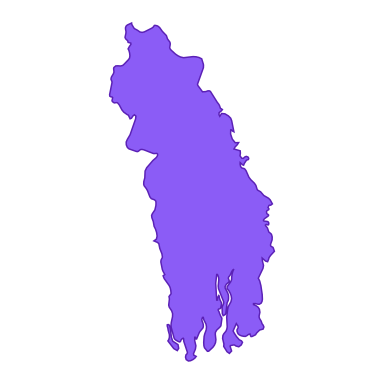 Khulna, Robinson projection
{"feature_id": "BGD-2432", "entity_name": "Khulna", "entity_type": "Division", "adm_level": 1, "iso_a3": "BGD", "parent_name": "Bangladesh", "parent_adm1": "", "projection": "robinson", "projection_center": [89.364, 22.917], "detail": "fine", "context": "isolated", "style": "filled", "palette": "violet", "viewbox_px": 384, "rotation_deg": 0, "n_neighbors": 0, "source": "natural_earth", "source_scale": "10m", "svg_char_len": 6051}
<svg xmlns="http://www.w3.org/2000/svg" viewBox="0 0 384 384"><path d="M169.0,296.5L171.1,293.7L170.8,290.5L170.2,287.8L169.2,285.6L164.2,278.6L163.1,275.8L164.8,274.6L162.9,271.0L162.3,269.4L160.9,262.3L160.9,261.0L161.2,259.7L162.2,257.9L162.4,256.9L161.9,253.8L159.8,248.5L158.8,243.6L157.4,242.4L153.9,240.9L156.4,239.1L157.1,236.1L156.6,232.5L155.5,229.1L154.1,226.3L153.3,221.6L151.9,217.8L151.6,215.4L152.4,213.6L154.9,209.9L155.9,205.5L156.0,202.9L155.8,201.1L154.5,199.8L151.3,198.7L149.9,196.9L147.5,190.7L146.3,188.6L144.1,185.7L143.7,184.2L143.8,181.6L144.8,177.8L145.1,171.0L146.7,167.7L152.9,160.5L156.0,157.8L157.0,156.6L157.6,155.2L157.6,154.1L156.9,153.4L153.8,153.6L152.8,153.3L143.8,149.8L141.9,149.4L140.4,149.6L138.6,151.1L137.7,151.6L136.5,151.5L129.0,148.9L127.4,147.5L126.3,144.9L126.2,142.0L127.3,139.5L130.1,134.7L135.6,118.9L135.9,116.1L134.4,114.8L132.9,116.0L131.5,118.2L130.1,118.8L128.4,115.2L127.2,114.6L123.8,112.2L121.9,109.9L119.2,104.8L117.5,102.8L116.6,102.6L114.3,102.9L113.2,102.3L112.1,101.1L112.0,100.2L112.4,99.2L112.6,97.5L112.0,97.0L110.8,96.8L109.8,96.2L109.6,94.7L112.0,82.6L111.9,81.4L111.0,79.4L111.1,78.1L111.6,76.7L113.3,73.9L113.9,72.3L113.9,71.1L113.6,68.7L113.9,67.5L115.8,65.9L118.0,65.8L120.4,66.0L122.6,65.5L124.1,64.2L128.4,59.7L129.5,58.2L129.9,55.8L129.6,53.0L128.9,50.4L128.1,48.9L129.5,46.3L130.9,44.4L130.8,43.1L128.1,42.4L127.7,40.8L125.6,38.8L125.0,37.3L125.9,33.3L126.0,31.7L125.5,29.0L125.5,27.7L126.1,26.1L127.3,25.0L131.6,23.0L131.7,24.0L132.1,25.0L133.9,28.0L134.6,28.7L137.4,30.2L140.0,32.0L142.2,32.4L144.3,31.9L151.7,28.2L153.2,27.1L154.4,25.4L155.6,25.4L157.7,26.0L159.6,27.5L162.3,31.3L166.4,35.6L167.5,38.9L169.8,42.0L170.2,43.2L170.2,44.6L169.7,47.5L170.0,48.7L171.1,50.1L175.5,54.1L178.0,55.8L180.5,57.0L183.6,57.7L193.1,56.6L196.1,56.8L199.0,57.5L201.7,58.8L203.3,64.0L203.5,65.1L203.4,67.7L197.5,84.2L197.8,85.4L202.5,91.8L205.8,91.6L207.7,90.9L209.2,90.8L210.4,91.4L217.2,102.2L218.6,104.0L219.4,105.3L220.5,108.4L221.7,109.0L222.4,109.6L221.3,110.9L219.1,112.7L219.0,114.7L219.8,116.3L221.6,113.5L224.9,113.8L228.4,115.9L230.7,118.2L231.7,120.8L233.9,131.8L232.4,131.0L231.6,129.9L230.7,129.9L230.6,134.1L232.3,139.1L235.2,142.7L238.6,142.6L237.3,144.7L235.0,147.1L234.0,149.0L240.2,150.8L240.4,153.1L240.0,155.8L241.7,158.2L243.2,158.4L245.2,156.7L246.5,156.4L248.1,157.1L248.7,158.3L248.4,159.5L246.9,160.0L246.2,160.6L244.4,163.3L243.6,165.2L242.4,164.7L240.2,162.6L240.1,164.1L240.6,166.4L241.1,167.2L242.1,168.1L244.0,168.5L244.9,169.1L246.1,170.8L248.9,177.2L250.7,179.6L254.4,183.2L255.9,185.4L257.0,189.0L257.5,190.0L260.6,191.8L263.8,195.5L268.5,198.2L270.2,199.9L272.4,203.9L270.7,205.2L269.3,205.2L268.9,205.5L268.0,207.6L268.9,208.7L268.9,209.2L268.7,209.7L267.0,210.7L266.5,211.6L266.7,213.3L267.0,213.8L268.0,214.4L268.6,215.1L268.5,215.6L268.0,216.2L264.5,218.7L263.5,220.0L263.5,220.7L264.2,221.1L267.1,221.4L268.1,221.8L268.7,222.7L268.8,223.7L268.6,224.6L268.3,224.9L267.8,224.9L266.7,224.5L266.1,224.5L265.4,225.0L265.5,225.6L267.4,227.9L268.8,232.0L270.6,233.4L271.3,234.1L271.7,235.0L272.2,237.0L272.1,239.9L270.7,243.9L270.5,245.1L270.7,245.8L271.1,246.3L273.0,247.4L273.4,248.3L274.4,251.3L270.7,255.3L269.1,257.5L268.5,259.6L267.6,261.7L265.6,261.1L262.2,258.1L262.4,260.9L263.5,265.4L263.0,268.3L258.3,278.2L259.7,281.0L260.9,285.7L262.2,294.6L262.4,299.3L262.0,301.5L261.1,303.2L259.2,304.3L257.5,304.1L255.7,303.6L253.5,303.6L253.5,304.6L256.0,305.7L258.0,307.1L259.4,309.2L259.9,312.3L259.1,316.0L259.2,317.4L259.6,318.6L261.2,321.2L262.1,323.8L263.2,325.2L263.9,327.0L263.1,329.1L259.7,330.0L256.8,332.8L255.5,334.8L252.3,336.4L251.1,336.6L250.6,336.0L250.0,334.0L248.5,334.4L246.8,335.7L245.4,336.4L243.5,336.3L241.3,335.8L239.3,334.9L238.0,333.7L237.0,331.3L237.0,329.8L238.2,327.5L238.0,326.2L236.3,323.6L233.1,331.0L234.4,333.4L236.6,336.7L239.2,339.7L241.5,340.9L242.5,342.3L241.3,344.9L238.8,346.8L235.9,346.0L234.5,345.0L233.3,345.0L230.4,345.6L230.1,346.3L231.6,351.0L229.4,353.4L227.0,351.7L223.7,346.4L223.9,344.0L222.6,338.5L222.9,335.5L223.8,333.8L226.0,331.1L226.8,329.1L227.2,326.9L226.7,317.3L227.6,309.6L228.2,306.8L231.0,301.6L231.6,298.7L231.2,295.8L230.2,293.1L228.8,290.6L227.2,288.6L227.1,286.8L230.7,281.8L231.6,279.6L231.7,276.8L232.1,274.0L232.8,271.4L233.9,269.1L232.7,270.1L231.6,271.8L230.0,275.4L228.7,276.9L228.3,278.1L229.3,281.1L228.6,282.3L226.4,284.1L225.1,286.5L225.2,288.2L227.6,292.7L228.2,294.4L228.5,295.7L228.5,298.7L228.3,300.3L227.1,302.8L225.9,312.6L225.3,314.5L223.2,315.7L222.3,313.7L222.1,307.8L222.4,306.4L223.6,303.6L223.7,301.9L218.5,288.7L218.2,286.0L218.8,280.0L218.6,277.4L217.5,274.5L216.7,274.5L215.7,283.3L216.7,300.1L217.5,300.1L217.6,298.2L218.2,296.5L218.8,295.5L219.1,295.9L219.6,298.7L220.2,300.3L221.5,302.9L221.4,304.9L220.5,308.2L219.9,308.8L218.5,309.1L218.2,309.6L218.3,310.5L219.1,311.9L219.5,313.4L220.9,316.6L221.7,317.8L221.9,318.7L220.9,325.8L219.7,327.3L216.7,330.1L215.4,332.4L215.3,334.3L215.9,339.7L215.5,342.7L214.4,345.2L212.9,347.3L208.7,351.2L207.4,351.3L204.5,347.8L203.9,345.8L203.7,342.4L204.1,336.4L204.7,334.0L206.2,329.9L206.5,326.8L206.0,324.1L203.8,319.7L203.3,317.4L202.5,317.4L201.8,319.4L202.1,321.1L202.8,322.8L203.3,324.6L203.3,326.8L202.9,328.0L199.8,331.7L199.1,333.0L196.6,339.0L196.1,339.0L195.4,337.3L194.7,337.3L194.7,340.7L195.9,345.8L195.4,349.1L193.5,353.7L193.8,355.2L196.2,356.4L194.9,358.1L192.9,359.6L190.6,360.7L188.4,361.0L186.2,359.6L185.5,357.1L186.0,354.8L187.1,353.7L187.4,352.3L183.8,341.4L183.6,338.7L183.1,338.2L182.0,338.9L180.9,340.2L180.5,341.4L179.8,342.0L178.3,341.5L175.8,340.1L174.6,339.0L174.1,338.1L171.2,327.3L171.0,325.1L171.3,322.3L172.5,316.8L172.6,313.7L171.7,310.9L169.2,307.1L168.7,305.1L169.4,299.0L169.0,296.5ZM172.7,341.1L178.0,344.6L178.7,348.3L177.3,350.6L173.8,348.6L168.0,341.1L168.0,340.6L168.7,339.8L169.4,337.3L169.4,334.7L168.2,330.3L167.9,328.3L167.2,325.9L167.3,324.7L168.7,324.6L169.1,325.0L169.8,326.4L170.3,328.3L171.4,337.2L172.7,341.1Z" fill="#8b5cf6" stroke="#5b21b6" stroke-width="1.5"/></svg>